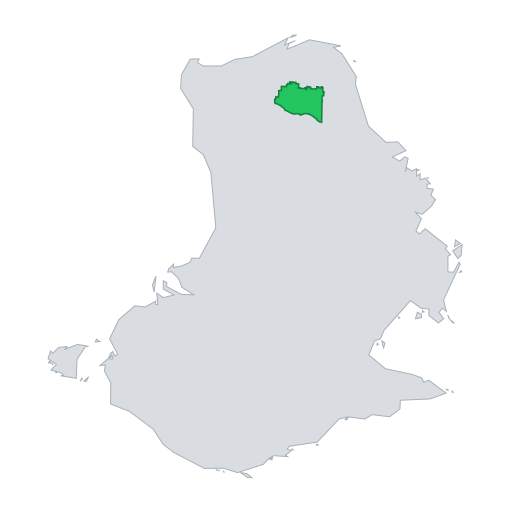 Meekatharra, Western Australia, Australia (highlighted), rotated 91°
{"feature_id": "25037944B5193502600366", "entity_name": "Meekatharra", "entity_type": "district", "adm_level": 2, "iso_a3": "AUS", "parent_name": "Australia", "parent_adm1": "Western Australia", "projection": "albers", "projection_center": [119.195, -25.303], "detail": "fine", "context": "in_parent", "style": "filled", "palette": "green", "viewbox_px": 512, "rotation_deg": 91, "n_neighbors": 0, "source": "geoboundaries", "source_scale": "gbopen_adm2", "svg_char_len": 8290}
<svg xmlns="http://www.w3.org/2000/svg" viewBox="0 0 512 512"><g transform="rotate(91 256 256)"><path d="M395.9,79.6L397.7,109.2L406.4,109.4L414.4,119.6L412.6,137.3L417.1,144.4L415.2,160.9L417.5,170.1L441.0,191.5L445.7,219.5L448.4,221.5L449.9,217.1L454.6,223.1L456.0,221.0L455.3,234.6L457.8,239.3L464.2,245.1L472.9,270.6L468.7,285.1L469.3,303.9L453.9,334.7L446.1,345.3L430.9,355.8L413.7,379.6L406.5,398.8L385.5,399.0L373.9,405.4L367.5,404.9L368.3,410.1L360.1,401.0L361.8,399.7L361.5,397.8L359.7,397.4L355.9,399.8L353.9,397.5L358.4,395.3L356.6,392.6L341.4,400.9L321.9,392.0L307.9,376.2L308.9,365.8L302.8,355.3L305.9,356.1L306.3,353.3L294.9,354.5L299.2,348.0L296.4,337.2L290.7,348.2L282.4,348.3L284.2,344.6L288.0,345.1L295.7,329.9L295.9,317.6L288.6,329.5L279.7,333.2L273.3,340.1L273.6,344.0L270.4,343.1L265.6,338.2L268.9,338.5L267.5,330.8L263.4,321.7L259.2,320.2L259.3,312.6L228.5,296.7L173.3,302.6L155.5,310.5L147.5,321.2L110.0,321.2L89.7,334.3L76.0,333.7L60.3,325.2L59.9,316.3L63.7,317.7L66.9,312.2L66.6,294.0L59.7,280.4L56.8,263.2L37.3,227.7L44.6,231.3L39.9,220.4L43.1,226.8L48.6,228.5L38.9,206.2L44.4,174.7L46.1,182.0L52.2,173.7L74.7,158.9L82.7,159.5L124.1,145.9L140.1,128.1L139.4,116.2L148.0,107.9L154.6,121.3L158.6,114.1L154.2,108.8L155.7,105.6L169.4,108.3L165.1,106.8L168.2,101.8L165.9,97.1L173.4,96.8L170.8,93.3L177.0,93.1L175.1,88.1L180.8,82.9L181.1,86.2L185.4,86.0L186.1,79.8L192.2,82.3L196.5,77.5L203.0,81.4L211.4,90.6L209.4,97.4L215.9,91.2L228.2,96.5L231.1,93.0L225.8,87.3L242.8,65.0L245.6,66.8L251.3,61.4L252.9,64.1L268.6,63.8L268.7,58.1L258.7,52.9L260.5,51.7L296.7,67.7L308.1,64.7L304.9,68.9L309.2,72.0L315.5,67.2L319.8,72.5L312.5,82.1L306.0,82.2L305.4,89.8L297.9,100.8L328.1,126.7L336.7,130.2L338.7,135.8L352.9,141.6L366.4,124.7L371.7,97.8L375.0,88.0L379.3,86.2L377.1,81.2L389.8,63.5L395.9,79.6ZM348.7,424.5L362.7,433.2L381.4,433.5L379.2,449.2L378.6,446.2L376.1,449.1L373.5,459.1L368.0,453.6L362.2,462.1L354.6,459.8L356.7,457.5L350.9,451.7L349.8,443.3L352.5,445.3L347.6,432.9L348.7,424.5ZM241.1,50.1L252.0,51.0L255.0,54.2L247.3,59.4L241.1,50.1ZM277.9,355.6L293.8,357.3L286.7,359.0L277.9,355.6ZM314.7,89.4L316.1,95.5L309.5,93.7L311.1,89.7L314.7,89.4ZM472.7,267.8L473.9,261.1L477.7,256.2L477.7,260.5L472.7,267.8ZM379.6,421.2L384.4,423.6L384.1,425.8L379.6,421.2ZM239.9,51.7L243.2,57.7L236.4,56.8L239.9,51.7ZM344.8,415.2L342.0,414.1L344.3,410.6L344.8,415.2ZM345.5,126.8L342.1,128.1L338.7,128.6L340.8,125.5L345.5,126.8ZM37.2,226.1L34.6,222.9L34.3,219.8L34.7,219.7L37.2,226.1ZM382.5,427.7L384.1,429.6L380.7,427.6L382.5,427.7ZM457.2,236.0L459.5,236.5L458.7,239.4L457.2,236.0ZM416.0,160.8L418.4,163.1L417.7,164.1L416.0,160.8ZM366.7,459.1L366.4,461.7L364.7,460.5L366.7,459.1ZM471.4,288.4L470.6,292.1L470.3,292.0L471.4,288.4ZM268.7,52.3L267.1,50.6L268.3,49.9L268.7,52.3ZM319.1,58.5L316.1,61.0L319.8,56.4L319.1,58.5ZM472.8,284.2L471.4,285.1L472.5,284.0L472.8,284.2ZM315.9,112.1L314.4,112.5L315.4,111.2L315.9,112.1ZM309.4,88.6L307.6,88.6L308.9,87.0L309.4,88.6ZM60.1,159.4L59.6,161.8L58.8,161.6L60.1,159.4ZM386.9,61.6L386.4,63.5L385.9,62.0L386.9,61.6ZM359.6,398.3L359.7,399.6L359.3,399.1L359.6,398.3ZM315.3,61.8L311.5,63.3L315.5,61.3L315.3,61.8ZM175.5,85.2L174.2,86.6L175.1,85.0L175.5,85.2ZM368.2,457.5L367.1,457.8L367.9,457.0L368.2,457.5ZM342.9,133.5L341.0,133.2L342.2,132.1L342.9,133.5ZM167.9,95.6L166.9,96.3L167.0,94.4L167.9,95.6ZM376.5,453.8L375.0,454.3L375.7,453.0L376.5,453.8ZM389.0,56.5L388.5,57.8L387.6,57.0L389.0,56.5ZM358.5,399.8L359.6,401.2L357.5,400.4L358.5,399.8ZM444.3,192.1L443.0,191.9L443.9,190.5L444.3,192.1ZM449.0,216.6L448.3,216.5L449.1,215.4L449.0,216.6ZM349.7,422.7L349.2,423.6L349.1,422.4L349.7,422.7Z" fill="#d9dde1" stroke="#a8b0b8" stroke-width="1"/><path d="M85.7,197.1L85.7,198.3L86.1,198.2L86.7,198.2L87.5,198.2L87.7,199.2L88.0,199.2L88.0,199.5L88.0,199.9L88.0,200.4L87.9,203.2L87.9,204.2L86.2,204.2L86.2,205.9L86.4,205.9L86.4,206.1L85.7,206.1L85.7,207.3L85.7,208.1L87.6,208.1L88.5,208.2L88.5,209.1L86.9,209.2L86.9,210.0L87.7,210.0L87.7,214.4L87.1,214.4L87.1,215.2L87.3,215.2L87.3,216.6L86.5,216.6L86.5,216.3L86.1,216.3L85.9,216.3L85.6,216.3L85.3,216.3L85.0,216.3L84.7,216.3L84.3,216.3L84.0,216.3L83.6,216.4L83.3,216.4L83.1,216.4L83.1,217.8L83.1,218.1L83.1,218.3L83.1,219.0L82.9,219.0L82.7,219.0L82.3,219.0L82.3,219.3L82.0,219.3L81.7,219.3L81.7,219.7L81.8,219.8L81.8,220.4L81.8,220.6L81.8,220.9L81.8,221.6L81.4,221.6L81.4,223.5L81.5,223.5L83.2,223.5L83.2,224.4L82.2,224.4L81.4,224.4L81.4,225.4L81.8,225.4L82.1,225.3L82.1,225.2L82.6,225.2L83.0,225.2L83.0,227.4L83.8,227.4L84.4,227.4L84.4,227.9L84.4,228.5L85.1,228.5L86.0,228.5L86.0,230.6L86.0,231.7L86.0,232.5L86.0,233.3L86.0,233.6L86.7,233.6L87.6,233.6L88.1,233.5L89.1,233.5L89.3,233.5L89.9,233.5L89.9,233.8L89.9,234.0L90.0,234.2L90.0,234.3L90.1,234.5L90.2,236.2L90.4,236.2L90.5,236.2L91.5,236.2L91.8,236.2L92.5,236.1L92.9,236.1L93.8,236.1L95.7,236.2L95.7,236.4L96.6,236.4L96.6,237.2L96.6,237.9L96.5,239.0L97.0,239.0L97.9,239.0L98.5,239.0L98.9,239.0L98.9,240.0L99.3,240.0L99.7,240.0L100.0,240.0L100.3,240.0L101.3,240.0L101.4,239.8L102.1,239.8L102.1,239.6L103.1,239.6L103.3,239.0L103.3,238.7L103.3,238.4L103.4,238.0L103.5,237.5L103.7,237.0L103.9,236.7L104.1,236.4L104.4,236.0L104.5,235.7L104.6,235.4L104.7,235.0L104.7,234.8L104.8,234.5L105.0,234.4L105.1,234.2L105.3,233.9L105.5,233.7L105.8,233.5L106.0,233.4L106.2,233.1L106.4,232.8L106.5,232.6L106.6,232.3L106.7,232.1L106.9,231.9L107.1,231.6L107.4,231.4L107.5,231.2L107.8,230.7L108.1,230.6L108.5,230.3L108.8,230.1L109.0,230.0L109.2,229.9L109.3,229.7L109.5,229.6L109.8,229.5L109.9,229.4L109.9,228.7L110.0,228.5L110.1,228.3L110.2,228.1L110.3,227.8L110.5,227.5L110.6,227.1L110.8,226.9L110.9,226.6L111.0,226.5L111.1,226.4L111.2,226.2L111.3,225.8L111.4,225.7L111.6,225.3L111.6,225.2L111.8,224.7L112.0,224.6L112.2,224.3L112.4,223.7L112.5,223.3L112.7,222.9L112.8,222.5L113.0,222.2L113.1,221.8L113.3,221.4L113.4,221.0L113.4,220.8L113.3,220.7L113.3,219.8L113.3,219.6L113.3,219.4L113.2,219.4L113.2,218.9L113.1,218.7L113.1,218.2L113.1,217.1L113.1,216.1L113.1,215.9L113.2,215.7L113.3,215.5L113.4,215.1L113.6,214.8L113.7,214.6L113.9,214.4L114.0,214.3L114.0,214.2L114.3,214.2L114.3,213.8L114.3,213.7L114.1,213.2L114.0,212.9L113.9,212.7L113.7,212.2L113.4,211.7L113.3,211.0L113.3,210.9L113.1,210.7L113.0,210.4L112.8,210.0L112.8,209.9L112.8,208.9L112.8,208.5L112.8,208.4L112.7,208.2L112.8,207.7L112.9,207.3L113.0,207.0L113.0,206.8L113.1,206.3L113.2,206.2L113.1,205.8L113.1,205.7L112.9,205.6L113.1,205.3L113.2,205.2L113.4,205.1L113.5,205.0L113.6,204.6L113.7,204.2L113.8,203.9L114.0,203.7L114.3,203.6L114.4,203.3L114.6,203.0L114.7,202.5L114.8,202.4L114.9,202.2L115.2,201.9L115.3,201.7L115.5,201.3L115.6,201.2L115.8,200.9L116.1,200.6L116.3,200.4L116.5,200.1L116.8,199.8L117.0,199.4L117.1,199.0L117.3,198.7L117.5,198.4L117.6,198.2L117.8,197.9L117.9,197.7L118.0,197.7L118.1,197.8L118.3,197.8L118.3,197.7L118.5,197.6L119.1,197.3L119.1,197.2L119.3,196.9L119.6,196.5L119.8,196.3L120.1,195.9L120.5,195.2L120.8,194.8L120.9,194.6L121.0,194.0L121.0,193.9L121.0,193.6L121.1,193.1L121.2,192.7L120.8,192.7L120.4,192.7L120.2,192.7L119.9,192.7L119.6,192.7L119.2,192.7L118.7,192.7L118.4,192.7L118.0,192.7L117.7,192.7L117.2,192.7L116.9,192.7L116.4,192.7L116.2,192.7L115.7,192.7L115.3,192.7L115.0,192.7L114.7,192.7L114.4,192.7L114.0,192.7L113.6,192.7L113.3,192.7L113.0,192.7L112.8,192.7L112.5,192.7L112.2,192.7L111.8,192.7L111.5,192.7L111.2,192.7L110.8,192.7L110.5,192.7L110.1,192.7L109.8,192.7L109.4,192.7L109.0,192.7L108.7,192.7L108.3,192.7L107.8,192.7L107.7,192.7L107.3,192.7L107.0,192.7L106.8,192.7L106.6,192.7L106.3,192.7L105.8,192.7L105.6,192.7L105.2,192.7L104.7,192.7L104.4,192.7L104.1,192.7L103.9,192.7L103.6,192.7L103.3,192.7L103.0,192.7L102.5,192.7L102.0,192.7L101.5,192.7L101.1,192.7L100.7,192.6L100.2,192.6L99.7,192.6L99.7,192.4L99.3,192.4L99.0,192.4L99.0,192.6L98.7,192.6L98.2,192.7L97.9,192.7L97.6,192.7L97.4,192.7L97.1,192.7L96.8,192.7L96.6,192.7L96.3,192.7L96.0,192.7L95.7,192.7L95.1,192.7L94.9,192.7L94.6,192.7L94.6,191.1L93.7,191.1L92.4,191.1L91.7,191.2L91.7,190.9L91.3,190.9L90.7,190.9L90.7,191.9L89.7,191.9L89.7,192.1L89.4,192.1L88.0,192.1L87.1,192.0L86.6,192.0L86.6,192.7L85.7,192.7L85.7,193.3L86.0,193.3L86.0,193.9L87.0,193.9L87.0,194.9L86.7,195.5L86.6,196.0L86.6,196.4L86.3,196.4L85.8,196.4L85.7,196.4L85.7,197.1Z" fill="#22c55e" stroke="#15803d" stroke-width="1.5"/></g></svg>